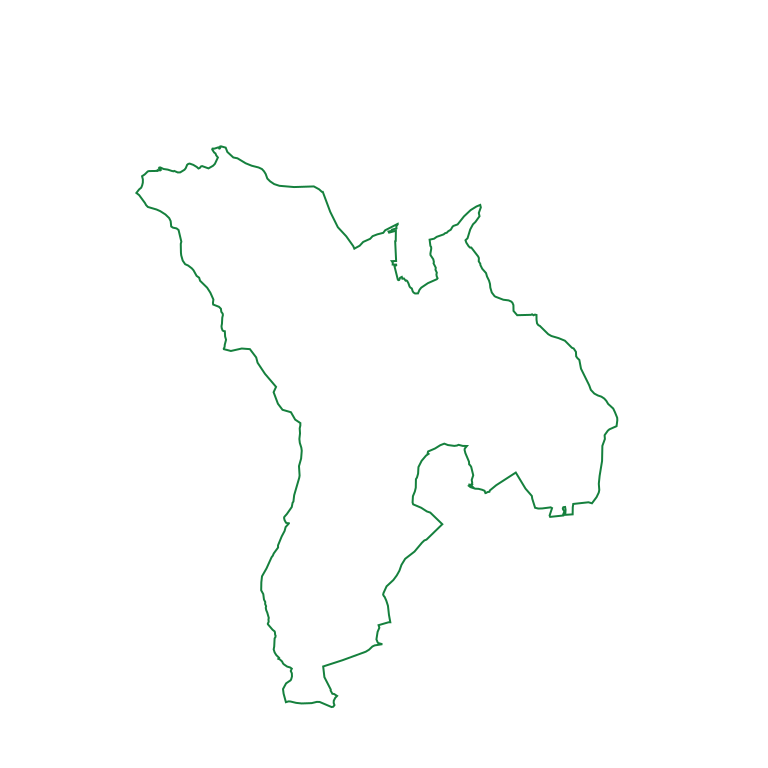 outline of Zagar, Mures, Romania, rotated 159°
{"feature_id": "2599482B67962104001540", "entity_name": "Zagar", "entity_type": "district", "adm_level": 2, "iso_a3": "ROU", "parent_name": "Romania", "parent_adm1": "Mures", "projection": "robinson", "projection_center": [24.611, 46.351], "detail": "fine", "context": "isolated", "style": "outline", "palette": "green", "viewbox_px": 768, "rotation_deg": 159, "n_neighbors": 0, "source": "geoboundaries", "source_scale": "gbopen_adm2", "svg_char_len": 6166}
<svg xmlns="http://www.w3.org/2000/svg" viewBox="0 0 768 768"><g transform="rotate(159 384 384)"><path d="M546.7,651.1L544.9,648.1L542.3,638.6L542.0,636.3L541.0,633.9L533.8,628.4L530.9,625.5L527.3,620.6L525.1,615.9L524.8,612.5L526.2,607.3L525.0,605.6L521.9,603.6L520.6,601.4L522.2,589.5L523.5,587.7L526.5,579.4L527.2,576.8L527.7,571.3L526.7,567.1L524.4,564.8L522.0,560.9L521.1,558.5L520.2,552.1L518.5,549.5L518.7,546.3L514.6,537.3L513.4,531.5L513.0,524.0L514.6,521.1L515.0,519.4L510.4,515.2L509.3,512.7L510.0,509.7L509.4,507.5L509.7,506.1L511.2,503.9L513.7,498.3L515.0,496.2L515.5,494.2L515.5,491.8L514.9,491.0L513.7,490.3L515.3,485.3L515.6,481.9L518.6,477.7L519.5,475.8L521.0,474.3L521.0,473.9L515.1,469.7L504.1,468.1L496.7,464.6L493.8,454.6L494.4,449.2L491.5,436.2L485.8,420.0L490.0,415.9L490.1,403.6L488.0,396.3L481.0,391.0L479.7,382.6L476.1,377.5L477.0,375.2L478.6,372.8L480.1,368.0L482.7,363.0L483.7,359.2L484.0,354.2L484.7,351.2L488.1,344.1L492.8,337.8L495.6,328.8L496.7,326.9L507.7,312.4L510.7,306.7L511.9,305.9L514.2,302.2L521.3,297.4L524.6,295.7L525.3,294.8L525.6,292.5L525.2,289.6L523.6,288.3L522.8,288.2L522.8,287.9L527.1,285.7L529.5,282.4L534.1,278.4L540.8,271.3L541.5,269.3L547.7,265.3L549.3,263.6L551.0,262.6L559.7,254.0L566.8,248.2L569.6,242.8L572.6,235.4L572.0,231.1L573.3,225.8L573.0,223.0L573.8,221.2L573.7,218.8L574.6,217.4L575.0,215.0L574.9,212.5L575.4,206.9L576.2,205.7L576.9,203.3L578.3,202.0L578.5,201.3L576.1,194.5L574.8,192.3L574.8,191.4L575.5,188.9L575.4,187.9L576.0,186.7L577.3,185.7L580.6,178.2L582.1,175.8L582.3,172.5L581.7,169.5L580.1,166.0L581.1,165.3L580.0,164.3L578.6,161.5L578.4,159.2L577.9,158.1L575.7,154.9L573.2,153.0L572.1,151.3L573.9,149.5L573.7,147.0L574.7,144.0L576.4,141.7L577.3,140.9L582.7,139.6L587.6,135.4L588.7,130.9L589.6,122.1L586.8,121.9L585.1,121.1L580.3,117.8L575.4,115.3L565.9,112.0L560.6,111.3L558.0,110.2L548.7,101.2L547.0,100.9L545.3,102.0L545.3,104.2L544.4,106.3L542.0,108.5L539.6,109.6L541.7,112.5L543.2,113.3L543.7,116.9L543.2,117.8L544.7,131.7L542.0,142.1L521.7,141.0L497.0,140.6L493.2,141.3L488.9,143.1L486.4,143.3L478.8,141.7L482.2,144.2L482.5,145.0L482.6,148.3L478.8,154.9L475.7,158.1L475.5,160.8L465.0,159.9L463.5,159.3L462.1,166.7L459.8,175.5L459.5,180.9L459.7,185.0L460.1,185.9L460.3,187.6L459.4,189.0L454.1,194.2L445.6,197.6L440.7,200.7L436.5,204.2L432.5,208.9L426.9,213.2L415.6,216.6L405.5,222.2L402.4,223.5L400.1,223.5L379.8,232.2L386.9,247.4L389.6,249.6L393.6,255.1L399.9,261.2L399.8,263.1L397.2,268.9L393.7,272.6L391.5,275.8L388.3,283.7L386.7,284.9L384.3,288.1L381.6,294.1L376.4,298.8L370.4,302.1L367.5,302.8L368.1,303.7L367.0,305.2L359.5,305.5L353.3,306.7L349.1,306.7L346.2,304.1L340.5,301.0L337.9,300.4L336.2,300.5L332.7,298.0L328.8,296.4L331.7,294.8L332.4,293.6L332.8,290.3L332.5,281.0L333.3,278.4L332.7,277.3L332.3,275.4L333.4,266.8L336.5,263.0L337.1,259.9L338.6,258.8L338.0,258.4L338.6,258.0L340.4,259.5L340.7,259.1L338.5,257.0L338.0,256.0L340.5,257.2L340.2,256.7L336.4,253.6L333.4,252.3L330.3,250.1L328.4,248.3L328.4,245.8L327.7,245.7L326.1,246.0L324.2,245.6L323.3,246.7L315.5,249.3L292.7,254.1L289.4,235.6L286.1,226.5L286.7,223.8L287.3,214.3L284.7,212.5L281.2,211.2L272.6,209.1L271.6,207.9L276.5,201.9L276.5,200.4L263.8,197.0L263.4,198.1L261.3,200.3L261.8,202.9L261.6,203.9L260.7,204.7L259.0,204.3L259.6,201.4L261.7,196.9L254.6,194.7L251.9,201.4L250.3,204.2L235.5,200.3L232.6,198.1L226.1,202.2L222.4,205.7L221.0,207.9L219.2,213.9L215.6,221.0L208.0,234.0L202.3,248.0L197.5,253.5L196.4,257.1L195.9,257.5L191.8,260.2L189.8,260.9L182.0,261.3L179.2,266.5L178.4,268.9L178.5,274.8L178.8,278.9L181.9,285.1L182.5,288.6L183.6,291.5L185.6,294.3L188.4,296.6L191.1,299.7L193.0,304.4L192.9,309.2L194.6,327.7L193.0,336.5L194.1,338.7L194.7,340.9L193.3,345.2L194.2,349.2L195.6,350.5L199.6,359.6L204.6,364.3L210.5,368.8L212.8,371.6L217.7,382.4L218.8,383.6L219.4,385.7L218.6,389.3L216.9,393.8L218.2,394.7L219.8,394.6L220.8,396.0L222.0,395.9L235.0,400.5L236.9,405.8L234.9,411.3L235.0,413.9L235.7,415.4L237.7,417.4L242.4,419.9L248.6,425.5L249.3,426.4L250.6,430.8L250.2,435.9L249.2,439.4L248.9,442.9L249.3,447.4L249.0,451.0L251.0,456.4L251.4,460.6L251.0,461.8L251.6,464.5L250.3,467.6L250.4,469.3L253.6,480.1L254.7,480.4L255.6,482.2L256.5,486.5L256.4,489.0L253.8,490.1L248.1,497.4L243.7,501.2L240.6,502.5L234.7,506.4L234.2,509.7L230.3,514.2L230.0,516.7L234.1,516.6L240.8,515.3L249.3,511.8L258.1,506.6L262.5,506.7L263.6,506.3L266.4,504.1L269.3,503.6L271.2,502.7L272.9,502.9L274.7,502.3L282.0,502.5L285.2,501.7L289.7,502.4L291.2,496.3L290.9,495.0L291.4,493.4L293.9,489.2L294.4,487.7L293.3,482.8L293.7,480.0L294.5,478.9L294.0,474.0L295.0,472.2L294.8,469.0L295.8,467.5L296.2,465.6L296.1,463.5L297.1,462.9L306.9,462.4L314.7,460.6L317.1,459.2L319.8,456.4L322.6,457.4L323.7,458.9L324.0,460.5L323.8,463.2L324.8,464.6L325.2,465.8L325.1,469.3L325.4,471.7L325.9,472.6L326.8,472.7L327.6,475.4L329.1,475.7L329.0,477.6L330.9,477.4L332.5,475.7L333.1,475.7L333.7,476.4L332.0,490.2L330.1,490.4L329.9,491.1L333.1,492.4L332.3,494.2L332.7,495.9L328.6,494.5L322.4,513.3L321.8,513.3L318.0,522.8L325.0,523.5L325.1,524.7L322.4,524.3L321.3,525.2L316.6,524.8L315.9,526.9L313.9,528.2L313.8,528.6L327.8,527.1L330.5,525.4L336.6,526.1L341.7,526.1L344.9,524.5L352.5,524.1L357.2,521.8L363.2,521.0L363.3,523.7L366.3,535.4L370.9,546.9L372.5,564.0L372.3,585.3L373.1,585.6L374.8,589.0L378.7,593.6L397.4,600.1L410.6,606.5L414.9,610.0L417.7,614.0L419.3,617.6L419.2,622.5L419.8,625.6L420.9,628.4L423.5,631.1L429.3,635.2L434.1,639.7L439.9,647.2L443.5,649.5L447.1,656.8L447.1,661.4L451.0,664.3L452.2,663.3L452.4,664.0L453.5,663.1L453.9,664.3L457.8,664.5L459.7,665.2L460.3,664.6L460.2,663.8L459.6,661.0L458.7,659.6L458.7,657.6L457.9,655.0L463.0,650.1L465.4,649.0L470.6,648.2L475.7,652.6L476.9,652.7L478.6,651.7L480.0,651.7L481.0,653.7L483.5,656.9L486.4,659.4L487.8,659.6L489.2,659.2L491.8,656.5L493.5,655.5L498.4,654.6L500.7,655.4L503.5,658.1L504.3,658.0L505.7,658.9L509.0,661.6L512.7,663.7L515.2,666.3L516.1,666.6L516.7,666.2L515.7,663.8L516.3,663.6L518.7,664.8L519.1,664.1L527.1,667.0L528.4,667.1L532.3,665.4L535.4,664.7L535.8,661.4L537.0,658.4L538.6,656.1L540.3,654.3L542.9,653.4L546.7,651.1Z" fill="none" stroke="#15803d" stroke-width="2"/></g></svg>